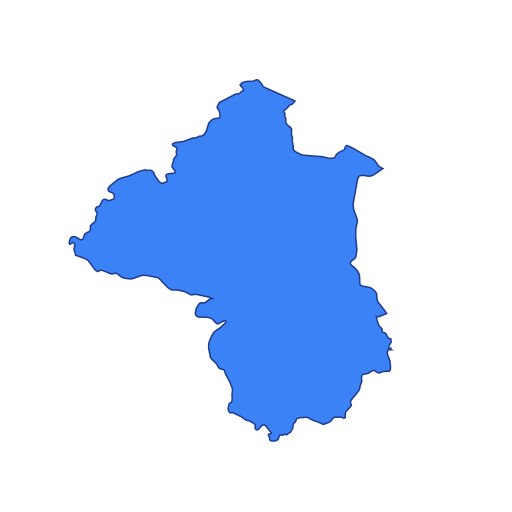 the border of Nakhon Ratchasima, rotated 118°
{"feature_id": "THA-441", "entity_name": "Nakhon Ratchasima", "entity_type": "Province", "adm_level": 1, "iso_a3": "THA", "parent_name": "Thailand", "parent_adm1": "", "projection": "natural_earth1", "projection_center": [102.187, 14.947], "detail": "fine", "context": "isolated", "style": "filled", "palette": "blue", "viewbox_px": 512, "rotation_deg": 118, "n_neighbors": 0, "source": "natural_earth", "source_scale": "10m", "svg_char_len": 6145}
<svg xmlns="http://www.w3.org/2000/svg" viewBox="0 0 512 512"><g transform="rotate(118 256 256)"><path d="M109.3,349.5L106.7,346.7L105.5,345.1L103.5,341.1L100.3,338.4L99.9,337.9L99.7,337.1L99.8,336.0L100.4,334.2L101.2,332.3L103.2,329.0L100.8,294.3L102.3,294.5L105.1,295.4L106.6,296.9L107.7,297.4L109.9,297.7L114.8,299.5L115.4,299.4L115.8,299.1L116.6,297.3L117.1,297.0L118.3,296.8L118.8,296.5L120.8,294.1L123.6,292.7L124.5,291.9L125.3,290.5L126.5,285.4L126.9,284.5L127.4,284.1L132.3,281.6L134.4,279.4L137.2,278.1L141.6,274.7L143.7,273.5L144.9,272.2L145.4,270.2L145.3,264.2L145.1,262.7L144.6,261.1L137.1,243.9L136.5,241.7L136.0,239.2L135.4,237.3L133.8,234.5L132.9,233.2L132.5,232.8L131.9,232.6L129.2,232.7L127.9,232.4L125.5,231.4L121.1,228.1L119.8,228.0L117.8,228.4L115.8,227.9L115.5,225.7L115.3,221.9L115.9,205.7L115.5,202.5L115.5,197.4L116.2,195.4L118.9,190.3L119.3,188.6L119.2,185.0L128.6,189.9L131.1,191.7L132.8,194.3L134.2,198.5L135.7,201.2L136.6,202.1L137.3,202.6L140.7,202.3L164.4,194.7L168.1,192.4L170.3,190.4L175.5,184.4L176.9,183.3L178.0,182.7L184.9,180.7L191.7,177.3L202.3,170.4L204.8,169.2L209.5,167.6L210.7,167.5L212.3,167.8L215.1,169.2L217.0,169.5L218.0,169.4L218.7,169.0L219.0,168.4L219.6,166.3L219.9,163.9L221.6,159.3L223.4,156.7L224.7,155.4L231.6,151.4L232.4,150.6L232.6,149.9L232.6,148.3L232.3,146.9L230.8,142.3L230.3,140.1L230.3,138.4L231.1,134.8L232.2,132.4L232.9,131.7L236.6,129.3L238.4,127.8L239.3,126.7L243.9,116.5L245.5,113.6L251.9,119.0L253.0,121.4L256.2,118.7L258.9,115.8L259.8,114.5L261.3,110.4L261.7,110.0L263.0,109.7L263.6,108.9L263.7,108.0L263.4,105.8L263.6,104.9L265.7,101.8L266.3,100.1L265.9,98.0L268.6,96.2L273.3,96.4L275.2,95.2L274.2,93.8L274.8,93.9L275.1,93.7L275.2,92.5L276.5,95.2L279.6,94.8L281.8,93.1L285.8,88.4L291.0,85.0L293.6,83.9L295.1,84.2L298.1,89.2L301.2,92.1L301.6,92.7L301.9,94.1L301.6,97.4L301.7,98.2L302.3,99.0L303.4,99.8L306.8,101.8L307.6,102.6L310.3,105.9L310.9,106.3L311.7,106.4L314.0,105.7L317.2,103.7L322.0,103.0L325.2,102.0L326.9,102.1L338.5,104.3L340.2,104.3L341.2,103.6L342.8,101.8L343.9,101.7L345.6,102.0L349.2,103.1L352.1,103.5L353.9,102.9L356.0,101.6L356.6,101.4L357.3,101.6L357.9,102.1L358.5,105.9L360.4,108.8L361.5,110.8L362.0,111.4L362.9,111.9L366.0,112.3L368.3,113.2L373.1,117.4L373.5,123.9L374.3,128.6L374.4,134.5L374.7,135.9L374.9,136.4L376.5,138.5L377.1,139.7L378.5,141.7L379.7,143.0L380.7,143.7L381.3,143.8L383.1,143.3L383.7,143.3L386.3,144.1L388.3,143.8L390.5,142.7L395.2,142.8L397.4,144.1L399.2,144.7L399.5,145.3L399.9,147.1L400.3,147.6L401.4,148.1L401.8,148.5L402.5,150.4L403.1,150.8L403.7,151.0L407.0,150.4L408.0,150.6L409.5,151.4L410.6,152.8L411.2,153.9L412.3,156.4L411.9,157.4L409.4,159.3L408.4,161.1L407.3,161.1L405.8,159.4L404.9,159.6L401.1,168.3L401.8,170.4L402.2,170.8L403.4,171.4L407.6,172.3L408.6,172.9L409.2,173.5L409.3,174.1L408.9,175.5L408.0,176.2L405.9,177.1L405.5,177.5L404.8,179.4L404.7,184.2L405.6,187.7L405.5,188.8L404.8,193.8L404.8,194.7L405.0,195.5L405.1,202.0L405.5,203.4L406.5,204.9L406.6,205.7L406.2,206.7L405.2,208.0L403.7,209.1L399.3,210.3L398.1,210.0L396.6,209.0L395.3,209.1L392.5,210.4L389.9,212.0L385.2,213.9L384.2,214.6L380.1,219.2L374.1,228.0L371.7,230.4L371.6,231.6L372.3,233.9L372.4,234.9L372.3,236.0L371.5,237.7L370.0,239.7L369.0,242.4L368.2,245.8L367.2,248.4L359.3,254.8L355.9,256.4L353.3,257.1L347.5,257.6L344.5,257.5L341.8,256.9L339.5,255.8L336.2,253.9L329.9,251.8L328.4,251.7L327.9,252.0L327.6,252.4L327.7,253.1L328.4,253.9L333.3,257.3L333.7,257.6L334.0,258.3L334.0,259.3L333.6,261.0L332.2,264.7L332.1,265.9L332.2,267.3L333.2,270.8L336.8,277.9L337.0,279.7L336.5,281.2L335.5,282.5L334.4,283.0L330.5,284.0L329.1,284.2L324.7,283.8L323.9,283.4L323.2,282.6L321.7,279.8L321.0,278.9L316.7,277.1L314.8,275.7L314.1,274.7L314.4,278.2L317.9,290.8L320.9,295.2L320.8,300.6L320.9,302.2L322.4,307.6L323.4,310.4L325.3,313.9L325.5,314.9L325.6,316.3L325.2,319.4L321.3,331.0L321.2,331.9L321.6,333.9L324.5,343.4L326.5,347.5L334.1,354.5L335.1,356.1L336.2,358.5L337.7,363.2L337.7,364.1L337.7,365.3L336.8,369.7L336.9,371.4L337.5,372.5L339.0,374.1L339.9,375.8L340.7,384.0L341.2,385.9L341.8,387.1L343.0,387.6L344.0,388.3L344.0,390.5L343.1,393.0L339.5,400.5L338.6,403.3L338.6,406.3L340.0,415.7L338.6,416.8L337.0,418.7L335.5,419.8L333.8,420.5L331.7,420.8L330.7,421.4L330.2,422.6L330.2,424.0L330.6,424.5L332.9,425.6L333.0,426.1L332.4,427.0L330.6,427.7L327.7,428.1L326.2,427.9L325.5,427.5L324.7,426.6L324.1,425.2L323.9,424.2L323.8,422.0L324.1,420.2L324.1,419.0L323.7,418.1L323.1,417.1L322.4,416.8L321.5,416.8L317.6,417.5L316.6,417.3L314.2,416.0L312.7,414.6L311.9,414.4L311.0,414.5L309.4,415.1L307.9,416.1L307.2,416.3L305.2,416.0L302.2,414.6L301.2,414.3L300.3,414.2L296.7,415.6L293.5,416.0L292.9,416.4L292.4,416.8L291.5,418.5L290.7,419.5L290.2,419.8L288.8,420.0L287.4,419.6L286.0,418.1L285.1,417.6L279.5,417.7L278.6,417.6L277.8,417.1L276.8,416.0L276.5,415.1L276.5,412.8L276.3,412.2L275.5,411.2L272.9,408.7L272.2,408.4L271.4,408.4L269.9,409.1L268.5,410.2L267.8,411.3L267.6,412.6L268.0,415.6L267.9,416.4L267.3,417.5L266.2,418.1L264.8,418.3L262.1,417.6L253.3,413.9L251.5,412.6L244.5,405.3L242.5,404.0L240.8,402.4L237.7,400.3L235.0,397.8L233.5,396.0L232.1,394.7L231.4,392.0L230.0,389.9L229.7,389.3L229.6,387.8L230.0,386.4L230.6,385.2L232.6,382.9L235.6,377.0L236.1,375.0L236.0,373.4L235.4,372.2L232.5,370.0L231.2,369.8L229.5,371.0L227.9,373.0L226.8,373.5L226.1,373.3L224.6,372.1L221.3,367.3L220.9,366.9L220.4,366.7L219.7,366.8L218.9,367.5L217.1,371.5L216.7,372.0L215.7,372.6L211.4,373.3L209.8,374.1L207.9,374.1L206.0,373.5L204.1,373.7L203.2,374.0L201.7,375.3L200.3,375.7L198.4,375.9L197.9,376.3L197.5,377.6L197.5,380.8L197.0,382.0L196.4,382.2L195.6,382.1L193.1,379.8L189.6,374.6L188.8,373.7L181.5,367.3L179.9,364.5L176.9,362.4L175.6,360.2L173.6,359.1L171.6,358.7L169.0,358.5L161.3,360.0L160.3,360.0L157.4,359.2L156.1,358.6L154.1,357.1L152.1,354.0L151.6,353.6L150.2,353.2L148.9,353.6L147.6,354.5L145.0,356.8L143.9,359.2L142.7,360.3L137.7,360.5L122.8,350.2L121.7,348.8L121.2,347.5L120.6,347.1L119.6,346.6L117.7,346.1L116.5,345.4L116.1,344.9L115.5,344.9L114.8,345.4L113.6,347.3L113.1,349.4L112.3,350.4L109.3,349.5Z" fill="#3b82f6" stroke="#1e3a8a" stroke-width="1.5"/></g></svg>